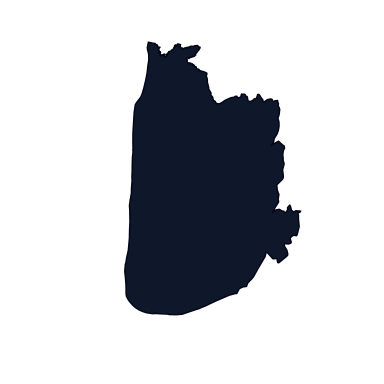 outline of Bung Khla, Bueng Kan, Thailand, rotated 211°
{"feature_id": "78962969B45700319590301", "entity_name": "Bung Khla", "entity_type": "district", "adm_level": 2, "iso_a3": "THA", "parent_name": "Thailand", "parent_adm1": "Bueng Kan", "projection": "equal_earth", "projection_center": [104.009, 18.247], "detail": "fine", "context": "isolated", "style": "filled", "palette": "ink", "viewbox_px": 384, "rotation_deg": 211, "n_neighbors": 0, "source": "geoboundaries", "source_scale": "gbopen_adm2", "svg_char_len": 6056}
<svg xmlns="http://www.w3.org/2000/svg" viewBox="0 0 384 384"><g transform="rotate(211 192 192)"><path d="M306.5,297.9L304.6,292.6L304.0,292.1L303.7,291.4L301.2,289.0L299.7,287.2L297.5,283.8L296.4,281.5L294.8,277.5L291.7,270.8L289.4,264.5L287.0,257.0L285.3,250.8L285.0,248.5L284.8,246.8L285.5,239.9L285.5,237.7L282.7,230.8L273.0,212.2L267.9,203.6L264.8,198.7L264.4,197.7L263.1,195.9L261.1,191.5L258.1,186.1L253.5,178.2L251.5,174.4L249.2,170.9L245.6,163.7L243.4,160.0L241.0,153.9L240.8,153.0L240.3,152.3L238.6,148.1L236.3,144.9L229.9,134.7L226.1,127.6L221.8,120.1L216.6,109.4L214.1,101.9L212.4,97.8L211.8,95.6L209.5,90.8L208.2,88.6L205.4,85.0L200.4,77.9L196.1,70.9L194.5,68.9L192.1,67.4L189.9,66.3L186.8,65.2L184.1,64.4L181.5,63.9L176.7,63.7L173.3,64.1L169.9,64.8L168.0,65.4L163.0,67.5L160.0,69.5L157.6,70.7L150.2,74.7L148.1,75.4L142.4,78.7L138.8,81.2L137.2,82.5L127.6,93.9L126.0,95.5L124.4,98.0L122.5,100.4L114.9,111.7L107.0,122.7L102.7,127.2L101.4,128.1L101.7,133.1L101.6,133.6L100.7,135.1L99.1,137.3L97.3,138.6L96.7,139.2L96.8,139.9L97.3,141.7L97.3,142.9L96.0,148.8L95.7,151.0L96.0,161.2L96.1,174.2L97.2,177.8L97.1,178.6L96.6,178.9L95.6,178.7L88.4,176.5L87.6,176.8L85.8,178.3L85.1,178.6L84.7,178.4L82.3,175.8L81.6,175.8L81.2,176.1L81.0,176.5L77.8,185.5L77.5,187.0L77.9,188.0L79.6,189.9L81.1,191.2L84.0,192.6L85.4,193.8L85.8,194.4L85.8,195.1L85.7,195.7L82.7,197.0L81.1,198.8L81.0,199.6L81.3,200.3L83.7,202.4L84.1,203.1L84.1,203.7L83.5,205.9L83.1,206.6L82.2,207.5L80.1,208.3L79.9,208.7L79.9,209.4L82.0,216.4L82.4,217.6L87.1,224.0L88.8,226.9L90.3,228.2L90.3,228.6L90.2,228.9L89.1,230.2L89.1,231.4L89.9,231.2L90.7,230.7L93.1,229.5L93.7,228.9L94.1,227.7L94.5,227.3L94.9,227.3L97.3,227.5L100.2,230.4L101.4,231.0L101.7,230.0L102.0,227.7L101.9,227.4L101.1,227.0L100.9,226.5L100.9,224.1L101.1,222.8L101.4,222.0L101.7,221.9L103.4,222.8L104.4,222.3L105.9,222.0L106.9,222.2L107.5,222.0L108.4,222.0L110.7,220.0L112.3,216.5L112.8,221.0L112.6,227.4L112.7,228.1L113.0,228.6L114.4,230.1L116.3,234.7L117.6,235.6L120.1,237.8L122.8,241.4L122.9,242.3L121.1,249.4L121.1,250.9L121.4,251.7L122.2,253.0L125.8,257.7L127.2,262.4L127.6,263.4L127.9,263.9L130.3,266.2L131.6,268.3L133.2,270.4L134.8,273.8L135.1,275.1L135.3,277.2L135.8,277.9L136.8,278.9L138.5,278.9L143.7,280.0L144.0,280.0L147.9,273.5L147.9,277.0L149.1,280.3L149.1,280.9L149.0,285.6L149.7,289.1L150.9,292.3L151.8,294.1L153.4,296.5L154.0,297.3L155.8,298.8L156.4,299.7L156.7,300.5L156.9,302.1L157.5,303.9L159.4,308.0L160.4,308.9L162.6,310.4L163.4,312.2L164.9,313.4L165.7,314.4L166.0,314.4L167.0,313.4L167.8,313.0L168.4,311.8L169.1,311.4L169.8,311.5L170.4,312.2L170.9,312.5L171.7,312.5L172.8,312.1L173.2,311.5L174.9,310.0L176.1,307.4L176.4,306.3L176.7,306.0L177.8,306.2L178.7,307.4L182.0,308.7L183.9,309.8L184.8,310.0L185.5,309.8L185.9,309.3L185.4,307.6L185.3,306.8L185.1,306.3L185.2,305.9L185.1,305.4L185.3,304.8L186.1,304.0L186.5,304.0L186.4,303.6L186.6,303.4L187.0,302.7L186.8,301.9L188.2,300.3L188.6,299.4L189.0,299.2L189.6,299.3L190.5,298.8L191.3,299.3L193.1,301.4L193.8,302.1L194.3,302.1L194.8,301.7L196.8,302.9L197.9,302.7L198.4,302.0L199.7,301.6L199.9,301.4L199.9,301.1L199.2,298.7L199.2,298.4L199.5,298.0L200.9,296.6L201.8,296.4L202.7,297.1L203.8,296.7L205.0,294.6L206.5,293.5L207.2,292.8L209.7,289.3L210.8,287.6L212.7,283.5L213.8,281.9L215.1,281.0L216.3,280.7L217.5,280.7L218.8,281.6L220.5,281.6L221.1,281.8L223.3,284.0L225.1,284.6L225.9,285.1L226.3,285.5L226.6,286.5L227.0,286.8L230.6,288.7L231.7,290.3L235.4,294.0L237.1,296.7L239.1,298.4L239.8,299.6L240.1,301.0L240.7,301.5L243.6,301.2L247.4,300.1L248.4,300.3L248.7,300.0L249.1,300.6L250.0,300.5L250.5,300.0L252.6,300.6L252.6,301.1L252.8,301.3L254.8,300.9L255.0,301.0L255.2,301.7L256.1,301.3L256.5,301.8L256.9,301.5L257.7,302.0L257.9,301.9L258.4,301.3L259.3,301.8L259.6,301.4L260.0,301.5L260.5,301.0L260.8,301.1L260.9,300.8L261.1,300.6L261.2,300.9L262.5,300.7L263.3,301.2L263.5,301.0L264.0,302.2L263.9,302.5L264.1,302.8L264.5,303.0L264.7,302.7L265.4,302.9L265.6,303.5L265.6,304.4L264.9,305.0L264.6,304.8L264.3,305.0L263.9,304.8L263.7,305.5L263.3,305.8L263.0,305.7L263.1,306.5L262.7,306.8L262.6,307.3L261.7,307.3L261.4,307.9L261.3,308.5L261.0,308.5L260.7,308.9L260.4,308.9L259.8,309.8L260.0,310.3L259.7,310.9L259.9,310.9L260.0,310.6L259.7,311.4L260.0,311.6L259.9,312.1L260.3,312.9L259.9,313.2L259.7,313.7L259.7,314.5L259.8,314.7L259.9,315.6L259.6,316.0L259.7,316.3L259.4,316.5L259.5,317.2L259.2,317.6L259.5,318.3L259.3,318.9L259.4,319.8L259.8,320.2L260.7,319.9L262.4,320.3L263.0,320.3L263.4,320.0L263.5,319.6L264.1,319.4L264.9,318.8L265.8,317.5L266.4,317.3L267.2,316.6L267.7,316.6L268.4,316.0L268.8,315.0L268.7,314.2L269.0,314.2L268.8,313.8L268.9,313.6L269.2,313.7L269.4,313.5L269.6,313.6L269.8,313.4L269.9,313.8L270.2,313.4L270.4,313.5L270.6,313.1L271.2,313.0L271.2,312.7L271.6,312.4L271.8,311.6L272.1,311.5L272.3,311.7L272.8,311.4L272.8,310.2L273.4,309.5L273.6,309.6L273.9,310.0L274.3,309.9L274.6,310.3L275.4,309.7L275.8,310.1L276.3,310.2L276.7,310.4L277.1,310.3L277.2,311.0L277.7,311.6L277.7,312.3L278.2,312.3L278.7,312.0L279.3,312.0L279.5,311.5L279.8,311.3L280.3,311.6L280.5,311.6L280.6,311.2L280.3,310.5L280.3,309.7L281.1,309.9L281.7,309.7L281.8,309.4L281.3,309.2L281.1,308.7L282.2,308.5L282.1,308.2L281.6,308.1L281.4,307.6L281.5,307.3L281.9,306.8L281.9,306.4L281.9,305.5L281.6,304.8L281.5,304.4L281.8,303.8L282.5,303.3L282.7,302.0L283.5,300.9L283.6,300.3L284.1,300.3L284.1,300.0L283.7,299.5L283.8,299.2L284.2,299.0L284.2,298.0L283.9,297.6L283.9,297.2L284.6,297.1L284.9,296.9L284.9,296.4L284.4,295.9L283.9,296.3L283.7,296.0L283.9,295.2L283.8,294.5L284.3,293.9L285.2,294.4L285.7,293.7L286.0,293.8L286.3,294.4L286.4,295.9L286.6,296.0L287.3,295.3L288.2,293.7L288.4,293.5L288.7,293.8L288.9,293.7L288.7,292.7L289.2,292.1L289.5,292.1L290.2,292.9L290.2,293.6L290.6,294.2L290.6,294.9L291.3,295.8L291.8,295.5L292.3,294.5L292.5,294.5L292.5,295.2L292.3,295.8L293.7,296.7L294.2,297.7L294.1,299.4L296.3,298.7L296.6,298.9L297.0,299.8L297.6,300.1L298.0,300.1L298.6,299.6L300.1,300.3L301.3,299.7L306.5,297.9Z" fill="#0f172a" stroke="#020617" stroke-width="1.5"/></g></svg>